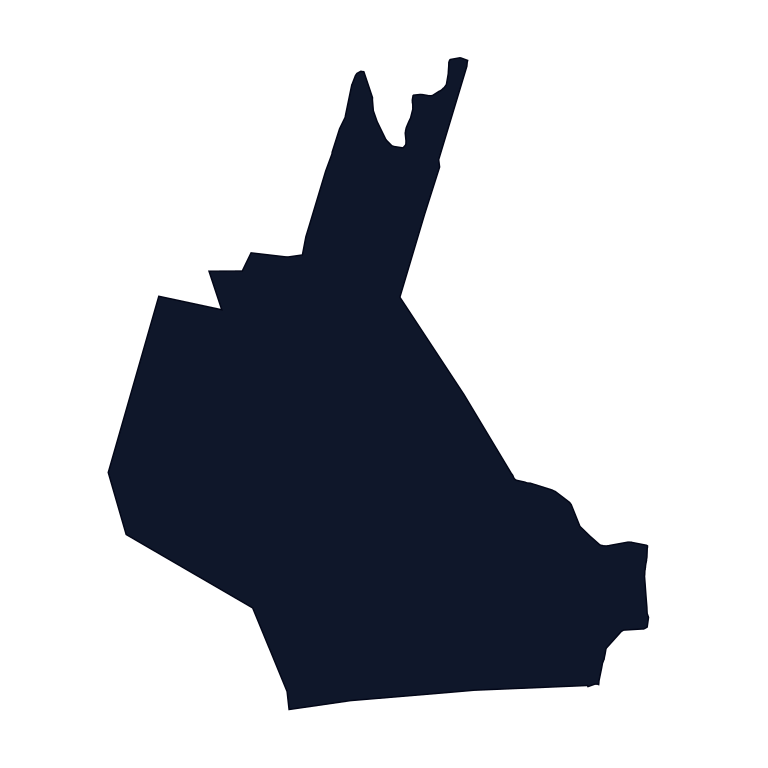 Kwekwe Urban, Midlands, Zimbabwe (orthographic projection), rotated 92°
{"feature_id": "62879985B80414783582816", "entity_name": "Kwekwe Urban", "entity_type": "district", "adm_level": 2, "iso_a3": "ZWE", "parent_name": "Zimbabwe", "parent_adm1": "Midlands", "projection": "orthographic", "projection_center": [29.786, -18.913], "detail": "fine", "context": "isolated", "style": "filled", "palette": "ink", "viewbox_px": 768, "rotation_deg": 92, "n_neighbors": 0, "source": "geoboundaries", "source_scale": "gbopen_adm2", "svg_char_len": 3831}
<svg xmlns="http://www.w3.org/2000/svg" viewBox="0 0 768 768"><g transform="rotate(92 384 384)"><path d="M589.3,114.5L566.3,117.0L566.0,116.8L565.6,116.8L564.2,116.8L563.3,116.8L562.5,116.8L561.6,116.8L559.9,116.5L558.8,116.5L558.0,116.3L556.6,116.3L556.0,116.2L555.5,116.2L555.2,116.2L554.7,116.0L553.8,116.0L553.3,115.8L552.8,115.8L552.4,115.7L552.1,115.7L551.5,115.5L550.7,115.5L549.8,115.5L548.8,115.3L547.7,115.2L546.3,115.2L545.8,115.2L542.7,115.2L541.8,115.2L541.3,115.2L540.1,115.2L539.0,115.2L538.2,115.0L537.3,115.0L536.6,115.0L536.0,116.1L533.7,130.6L533.5,131.2L533.5,133.4L533.5,134.6L537.5,152.9L537.8,153.7L537.8,154.6L538.1,155.4L538.1,156.3L538.1,156.9L538.1,159.2L537.8,160.0L537.8,160.9L537.5,161.7L537.3,162.6L528.5,173.3L528.0,173.8L527.4,174.5L519.7,183.0L520.0,183.0L497.8,192.8L497.8,193.1L497.3,193.4L496.7,193.7L495.8,194.5L485.6,208.9L485.4,209.2L485.4,209.5L485.1,210.0L484.8,210.9L484.2,212.0L478.0,234.4L478.0,235.0L478.0,235.8L478.0,237.0L477.8,237.8L477.5,239.0L477.2,239.5L475.5,248.7L475.2,249.0L475.0,249.6L474.7,249.8L474.4,250.1L473.8,250.7L473.3,251.0L472.1,251.6L471.3,251.9L470.4,252.4L469.8,253.0L469.3,253.3L469.3,253.6L469.0,253.6L391.8,303.7L296.7,371.2L296.4,371.1L213.1,349.4L165.2,336.0L157.9,337.2L63.6,312.3L59.8,312.1L59.7,312.1L57.7,311.7L55.4,318.7L55.4,319.8L57.4,329.1L57.7,329.4L58.2,329.7L58.7,329.9L59.2,330.1L59.7,330.2L59.8,330.2L60.2,330.4L60.6,330.4L61.1,330.4L62.9,330.4L63.6,330.4L64.2,330.4L69.7,330.6L70.3,330.6L71.3,330.6L71.8,330.6L72.1,330.7L72.4,330.7L82.6,332.1L83.3,332.6L84.1,333.1L84.5,333.4L85.0,333.7L85.3,333.9L85.7,334.2L86.0,334.5L86.3,335.0L86.6,335.3L87.1,335.7L87.4,336.0L87.7,336.3L88.2,336.8L88.7,337.5L89.0,338.1L89.4,338.6L89.5,338.9L89.5,339.1L94.0,345.6L94.3,347.2L94.3,348.1L94.3,348.9L94.3,349.5L94.3,350.0L94.3,350.3L94.1,350.7L93.4,356.0L93.4,356.5L93.4,357.2L93.4,357.8L93.4,358.1L94.3,364.5L94.5,364.6L94.7,365.0L98.9,365.6L99.0,365.6L99.4,365.6L99.5,365.6L100.0,365.6L100.5,365.5L101.2,365.5L101.3,365.5L101.5,365.5L102.0,365.3L102.8,365.2L103.7,365.0L106.0,364.9L107.0,364.9L107.4,364.9L107.8,364.7L117.1,366.7L117.6,366.8L117.9,367.0L118.4,367.3L118.9,367.5L119.6,367.7L120.0,368.0L120.7,368.2L121.3,368.5L126.8,370.6L128.1,370.9L128.7,371.0L129.5,371.1L130.2,371.3L130.7,371.3L131.3,371.3L132.0,371.5L132.8,371.5L140.2,370.5L141.2,370.5L142.0,370.5L142.8,370.5L143.4,370.5L143.8,370.7L144.3,370.7L147.1,373.0L147.1,373.3L147.3,373.6L147.3,374.1L147.3,374.6L147.1,375.1L147.1,375.6L146.3,382.4L146.1,383.0L145.9,383.5L145.8,384.0L145.8,384.3L145.6,384.5L140.4,390.0L139.9,390.3L139.6,390.7L122.1,400.0L111.3,404.2L100.3,405.5L99.4,405.5L98.6,405.5L98.2,405.5L73.3,414.8L73.1,414.9L72.6,415.1L72.5,417.2L72.3,417.6L72.3,418.1L74.4,421.6L74.5,421.8L74.8,422.0L75.5,422.5L76.0,422.8L76.8,423.3L85.2,426.2L85.5,426.2L86.0,426.6L86.6,426.7L117.1,431.9L117.9,432.0L118.4,432.0L118.6,432.0L130.5,437.3L154.1,443.9L155.9,444.0L173.2,449.7L228.7,464.3L239.5,467.2L256.9,469.9L257.8,469.9L257.8,469.6L260.4,484.2L260.4,484.8L260.4,485.7L260.4,486.8L257.6,521.4L269.5,526.7L276.1,529.6L277.4,562.8L315.5,548.7L304.2,612.1L479.8,655.9L482.0,656.5L543.4,636.4L611.8,508.5L612.4,507.4L650.8,490.0L651.8,489.5L694.7,470.1L712.6,467.5L701.6,406.6L689.1,301.5L686.8,282.6L686.8,282.3L678.2,170.2L679.3,169.6L676.6,162.8L676.5,160.4L676.5,159.8L676.7,159.6L676.9,159.0L676.0,158.9L673.2,158.8L660.2,156.6L655.3,155.9L654.3,155.5L653.4,155.2L652.6,155.0L651.7,154.5L649.3,154.2L646.5,153.7L643.7,153.3L641.3,153.0L640.2,152.6L623.0,138.2L622.6,137.5L622.1,136.8L621.6,136.0L619.8,117.3L619.8,116.4L619.8,116.2L619.3,115.0L618.7,114.1L618.2,113.2L617.7,112.5L608.0,111.5L607.5,111.7L606.9,111.9L606.6,112.1L605.9,112.3L605.2,112.6L604.2,113.0L603.1,113.1L600.7,113.3L597.9,113.5L589.3,114.5Z" fill="#0f172a" stroke="#020617" stroke-width="1.5"/></g></svg>